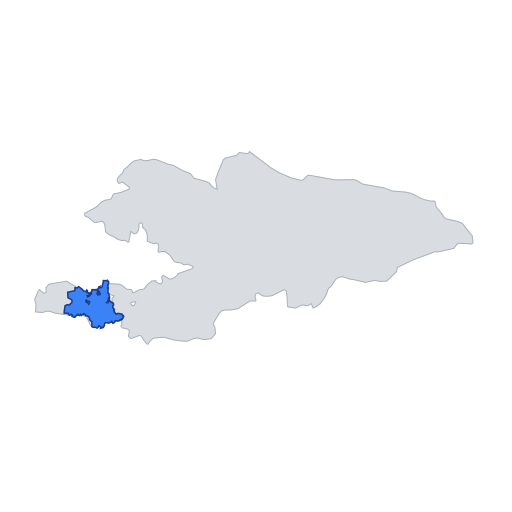 Batken, Batken, Kyrgyzstan (highlighted), rotated 8°
{"feature_id": "92254566B65149347501284", "entity_name": "Batken", "entity_type": "district", "adm_level": 2, "iso_a3": "KGZ", "parent_name": "Kyrgyzstan", "parent_adm1": "Batken", "projection": "equal_earth", "projection_center": [70.889, 39.851], "detail": "fine", "context": "in_parent", "style": "filled", "palette": "blue", "viewbox_px": 512, "rotation_deg": 8, "n_neighbors": 0, "source": "geoboundaries", "source_scale": "gbopen_adm2", "svg_char_len": 9298}
<svg xmlns="http://www.w3.org/2000/svg" viewBox="0 0 512 512"><g transform="rotate(8 256 256)"><path d="M110.6,305.4L111.9,304.6L116.0,303.7L124.2,302.9L127.0,303.5L132.6,306.9L136.9,306.5L137.7,307.0L139.3,309.8L145.3,305.6L149.6,304.4L151.8,300.2L156.4,295.2L160.3,294.4L160.4,295.2L161.2,295.9L165.2,297.1L166.5,295.7L167.1,293.9L165.7,291.0L165.6,289.8L166.9,288.0L173.4,290.8L174.8,290.7L177.7,289.2L180.4,286.5L181.3,284.3L194.5,277.4L195.4,276.1L195.2,275.2L189.7,273.6L187.2,274.5L184.9,274.5L183.5,273.5L176.8,273.1L175.3,272.4L170.8,267.4L165.2,264.3L162.6,264.5L159.4,265.8L158.4,265.2L158.1,260.5L157.4,257.6L155.5,257.0L153.1,258.1L146.3,256.6L145.5,250.6L143.0,245.5L139.4,243.4L139.2,240.3L138.0,239.0L136.9,239.3L135.6,240.9L136.2,244.3L135.7,247.8L134.9,249.5L133.4,250.8L131.6,250.8L128.6,249.1L128.1,259.6L127.5,260.2L123.8,258.7L120.9,259.4L116.5,258.7L113.2,257.0L106.8,255.0L103.8,253.1L101.9,246.1L100.2,243.6L98.5,243.1L91.7,245.5L84.7,241.2L81.3,240.3L80.4,239.0L80.5,237.4L91.1,229.7L95.3,224.3L98.0,222.1L104.6,219.7L106.1,214.8L106.7,214.2L113.5,211.8L121.0,207.5L121.2,206.4L120.4,205.3L113.6,201.4L110.2,203.2L108.1,201.0L108.1,198.6L110.4,194.6L112.3,192.6L113.1,188.8L115.8,186.2L118.6,182.2L122.1,178.8L128.4,176.4L132.0,177.2L135.3,176.6L140.4,174.6L143.6,174.4L156.8,177.5L161.2,177.6L171.5,181.6L179.6,183.6L183.6,187.5L196.5,189.2L200.1,190.4L201.4,192.2L205.1,194.6L208.2,195.1L205.3,185.9L206.4,180.4L210.2,165.4L212.3,163.1L222.8,158.9L225.1,155.8L232.7,155.8L234.2,155.2L235.1,153.5L258.6,166.6L267.5,170.3L279.8,173.7L290.2,174.8L292.0,174.0L296.0,168.9L297.9,168.6L323.6,169.6L341.9,166.8L344.6,167.0L351.5,169.9L373.2,170.7L381.8,172.6L395.3,171.9L401.0,172.3L411.5,176.0L415.1,176.8L421.8,177.3L424.4,176.7L425.9,177.6L427.5,182.2L434.1,188.2L436.6,191.4L439.0,192.7L451.1,193.7L455.7,194.9L467.4,206.2L469.1,212.7L468.0,214.1L456.2,215.0L453.6,216.0L450.9,220.9L435.3,226.8L432.9,226.7L412.1,238.0L397.7,247.6L397.2,252.2L389.0,262.6L382.5,263.9L377.0,263.7L368.1,266.9L356.4,265.8L352.5,265.9L344.9,264.5L341.8,265.3L338.6,267.4L334.4,275.8L332.6,277.7L331.8,279.6L331.2,283.7L329.6,288.0L326.0,294.6L322.8,297.7L319.8,299.6L317.4,295.6L313.5,298.3L309.8,297.8L307.5,298.6L302.5,302.1L294.8,302.0L294.0,300.8L292.3,291.2L290.8,286.6L289.7,285.6L288.4,285.5L277.6,293.0L272.6,294.4L268.4,294.6L263.0,292.3L261.8,292.9L260.9,294.1L260.5,295.7L262.2,300.0L261.8,300.8L259.3,300.7L255.9,301.7L245.6,310.6L239.0,312.9L232.9,313.8L229.2,315.4L227.2,318.7L223.3,327.9L223.5,329.9L225.2,332.3L226.6,337.9L226.3,339.4L223.1,344.0L218.9,345.3L215.6,346.0L209.2,345.4L206.0,346.4L200.0,349.9L195.1,350.5L185.8,350.6L176.7,349.3L173.7,349.7L165.6,351.8L162.9,355.1L161.4,358.1L160.6,358.5L157.4,355.8L153.2,351.0L151.2,351.1L144.0,355.0L142.9,354.9L140.8,353.4L141.0,347.4L138.7,346.1L133.7,345.8L132.0,344.5L132.6,340.6L132.0,339.2L130.7,338.1L128.1,338.4L123.0,341.6L116.9,342.7L114.8,343.7L112.5,348.0L104.4,348.8L101.8,347.9L96.9,340.1L92.7,338.9L88.4,339.2L82.7,341.2L81.3,339.5L79.8,339.1L78.4,340.4L71.3,340.7L64.1,340.5L60.0,339.5L57.3,339.6L52.0,341.7L45.5,342.1L44.9,334.8L42.9,329.9L44.9,321.9L46.1,319.3L50.9,322.3L52.6,321.8L53.1,320.2L52.4,316.6L54.8,312.7L71.9,307.3L90.8,315.1L93.3,320.2L94.9,320.0L97.6,317.7L98.4,313.4L102.1,310.9L110.2,308.0L110.6,305.4ZM120.3,323.2L120.7,322.4L119.3,318.7L121.2,315.2L117.4,314.6L115.4,313.6L113.2,310.0L112.5,309.8L111.3,310.8L110.7,313.1L111.3,315.7L114.0,318.0L112.7,323.0L118.4,323.6L120.3,323.2ZM100.6,326.6L100.5,325.6L99.1,325.1L92.0,323.7L92.3,324.7L95.0,328.4L97.1,328.6L100.6,326.6ZM142.8,320.2L143.2,317.9L138.9,319.3L138.4,320.4L139.9,321.9L141.7,322.4L142.8,320.2Z" fill="#d9dde1" stroke="#a8b0b8" stroke-width="1"/><path d="M133.3,334.0L133.2,333.9L133.0,333.6L132.8,333.3L132.4,333.3L132.1,333.1L131.6,332.9L131.4,332.6L131.4,332.2L130.2,332.2L129.9,332.1L129.5,332.1L129.0,332.0L128.7,332.0L128.4,332.0L128.2,332.2L127.3,332.1L127.2,332.4L126.8,332.5L126.5,332.4L126.4,332.7L126.1,332.8L125.7,332.8L125.2,333.0L124.2,331.6L123.8,331.5L123.4,331.2L123.2,330.9L123.2,330.4L123.4,330.2L123.2,330.0L123.1,329.7L122.8,329.6L122.8,329.1L122.6,329.0L122.7,328.4L122.9,328.3L122.5,328.0L122.3,327.8L121.6,327.4L121.6,327.2L121.3,327.0L121.4,326.8L121.3,326.7L121.2,326.1L121.2,325.8L121.3,325.6L121.1,325.0L121.4,324.8L121.6,324.5L121.8,324.4L121.7,323.4L120.6,322.1L120.1,322.2L120.0,322.3L119.4,322.0L119.0,321.6L118.9,321.6L118.8,321.9L118.5,321.9L118.5,321.5L118.3,321.4L118.3,321.1L117.2,320.7L116.6,320.7L116.4,321.2L116.3,321.4L116.2,321.8L116.1,322.0L116.0,322.3L116.0,322.7L115.9,322.9L115.6,323.0L115.5,322.9L114.9,323.0L114.6,322.9L115.0,322.5L115.1,322.2L115.3,322.0L115.3,321.8L115.4,321.5L115.4,321.4L115.4,321.1L115.5,320.9L115.8,320.3L116.0,320.2L116.3,320.1L116.6,319.8L117.0,319.7L116.9,319.3L116.8,319.2L116.5,319.4L116.3,319.2L116.2,318.9L116.0,318.6L115.9,318.7L115.9,318.4L115.7,318.3L115.9,318.0L115.9,317.9L116.2,317.7L116.5,318.1L116.8,318.0L116.7,317.4L116.7,316.9L116.5,316.4L116.3,316.3L116.0,315.5L116.0,315.2L115.8,315.0L115.7,314.6L115.6,313.8L115.1,313.5L114.7,313.2L114.6,313.3L114.4,313.2L114.2,309.7L113.9,308.6L113.7,308.4L114.2,308.2L113.8,307.5L113.8,307.1L113.5,306.4L113.5,305.6L113.3,305.5L113.3,305.3L113.3,305.2L113.5,304.8L113.5,304.6L113.7,304.4L113.8,304.2L113.9,303.8L113.7,303.4L113.7,302.8L113.8,302.3L113.7,302.0L113.3,301.6L113.2,301.6L112.7,301.3L112.6,301.2L112.6,301.3L112.4,301.2L111.5,301.2L111.2,301.3L111.0,301.2L110.3,301.4L110.2,301.3L109.2,301.6L108.6,301.5L108.2,301.6L108.3,302.3L108.2,304.9L107.8,308.0L107.7,308.0L107.0,308.9L106.3,309.2L106.0,309.2L105.8,309.3L105.5,308.6L105.7,307.9L104.9,308.4L104.6,308.5L104.5,309.7L104.4,310.1L104.2,310.3L104.0,310.9L103.9,311.2L103.6,311.5L103.3,311.5L103.2,311.7L101.8,311.9L101.6,311.9L101.4,311.8L100.3,312.0L100.0,311.9L99.7,312.0L98.9,312.0L98.5,312.1L98.3,312.1L98.2,312.2L98.5,313.1L98.1,313.6L98.0,314.3L98.1,314.6L98.1,315.1L97.9,315.8L98.1,316.2L97.8,316.4L97.6,316.9L97.6,317.1L97.0,317.4L96.9,317.5L97.3,317.5L96.7,318.3L96.7,318.8L96.3,319.1L96.1,319.2L95.5,319.7L95.3,319.7L95.1,319.9L95.0,319.7L94.9,319.2L94.7,319.1L94.4,319.2L94.2,319.0L94.9,318.6L95.3,318.3L95.7,318.1L95.8,318.1L96.3,317.6L96.5,317.2L97.0,316.1L97.0,315.4L95.4,316.1L94.8,315.6L94.6,315.6L94.0,316.0L93.9,315.9L93.8,315.5L94.0,315.3L93.9,315.0L94.1,314.3L93.9,313.8L93.2,313.2L92.6,314.9L91.4,314.7L90.2,314.7L88.9,313.4L84.6,311.0L83.4,312.5L81.2,312.6L81.4,315.6L74.6,318.1L75.6,323.5L79.0,324.8L79.8,325.3L80.1,327.0L80.1,327.9L78.7,329.2L78.3,330.4L75.6,330.5L73.8,331.9L73.8,337.7L74.0,339.3L78.0,338.8L78.4,339.4L78.4,339.7L78.6,339.6L78.9,340.3L79.7,340.6L80.1,340.5L80.4,340.1L80.6,340.0L80.9,339.7L81.2,339.4L81.4,339.4L81.6,339.6L81.7,340.0L82.6,340.3L82.5,340.7L82.6,340.8L82.5,341.1L82.3,341.4L82.9,341.5L83.8,341.9L85.0,342.0L85.2,341.9L85.6,341.0L85.9,340.8L86.0,340.5L86.0,340.2L86.4,340.1L86.7,339.7L87.0,339.7L87.1,339.1L87.2,338.8L87.8,338.4L88.1,338.9L88.4,339.2L89.1,339.5L89.7,339.6L90.0,339.1L90.1,338.5L90.4,338.2L91.3,339.1L91.5,338.7L92.4,337.9L92.6,337.8L93.4,337.9L93.7,337.1L94.0,337.1L94.5,337.7L94.9,337.7L95.0,338.2L95.2,338.5L95.6,338.4L96.1,338.8L96.8,339.0L97.2,338.8L97.6,338.7L97.7,339.0L98.6,339.2L98.8,339.7L99.5,340.3L100.0,341.3L99.9,341.8L100.3,342.2L100.2,342.4L100.5,342.5L100.9,342.8L101.2,343.2L101.6,343.3L101.9,343.5L102.2,343.6L102.3,343.9L102.6,344.1L102.6,344.5L102.9,345.3L103.0,347.2L103.1,347.6L103.2,348.6L103.4,348.9L104.0,349.1L105.1,349.2L107.1,348.9L107.6,349.1L108.0,349.5L108.9,349.4L109.2,349.1L109.7,348.2L109.8,347.2L110.0,346.8L110.4,346.8L110.7,347.0L111.0,347.6L111.7,347.7L112.3,348.0L112.6,348.6L112.4,349.0L113.0,348.7L113.5,348.8L113.6,348.6L113.5,348.2L114.0,347.9L114.4,348.1L114.7,347.9L114.7,347.7L114.9,347.6L115.1,347.3L115.2,347.0L115.1,346.8L115.3,346.4L115.5,346.2L115.5,345.9L115.6,345.7L115.3,344.9L115.5,344.4L115.8,343.4L116.2,343.1L116.7,342.9L117.3,342.9L118.9,343.0L119.9,342.8L121.7,341.6L121.9,341.1L122.2,340.7L122.4,340.9L123.2,342.2L123.5,342.5L123.9,342.5L124.4,342.2L125.2,341.2L125.4,340.7L125.4,339.9L126.2,339.5L126.4,339.5L127.0,339.5L127.3,339.6L127.5,339.8L128.0,339.7L128.5,339.7L128.8,339.3L128.9,339.2L129.6,339.2L129.9,339.0L130.3,338.8L130.3,338.4L130.2,338.2L131.0,337.9L131.6,338.0L132.0,337.7L131.9,337.4L131.8,337.2L132.0,337.2L132.3,337.0L132.4,336.9L132.4,336.7L132.6,336.4L132.9,336.2L132.7,335.7L132.8,335.4L132.7,335.2L132.9,335.0L133.1,334.9L133.3,334.6L133.2,334.4L133.4,334.3L133.4,334.1L133.3,334.0ZM93.7,324.0L93.9,323.8L94.2,323.2L95.3,324.0L96.6,324.1L97.4,324.4L97.3,324.8L97.6,324.8L97.5,325.5L97.3,326.1L97.0,327.0L96.9,326.9L96.4,326.2L95.3,325.5L94.9,325.3L94.5,325.4L94.2,325.4L93.7,324.0ZM103.8,315.5L104.2,315.1L104.0,314.3L104.1,314.1L104.3,314.1L104.3,314.3L104.2,314.5L104.5,314.5L104.3,314.7L104.4,314.9L104.7,315.2L104.9,315.0L104.5,313.9L104.3,313.8L104.2,313.5L104.3,313.2L104.1,313.0L104.3,312.9L104.1,312.2L104.4,312.3L104.4,312.7L104.3,312.9L104.4,313.2L104.8,312.8L105.1,312.9L105.3,312.8L105.5,312.9L105.1,313.5L105.4,313.5L106.1,313.8L106.2,314.0L105.8,314.5L106.3,314.7L106.8,314.8L107.2,315.3L106.9,315.9L106.5,316.2L105.5,316.1L105.4,316.2L104.8,316.1L104.7,316.3L104.2,315.8L103.9,315.7L103.8,315.5Z" fill="#3b82f6" stroke="#1e3a8a" stroke-width="1.5"/></g></svg>